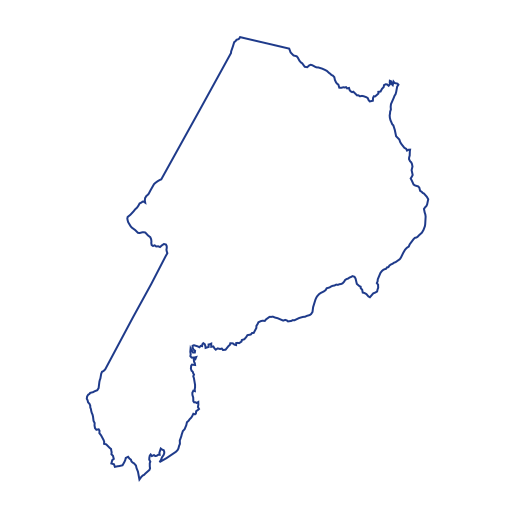 outline of Alto Garças, Mato Grosso, Brazil, rotated 178°
{"feature_id": "56859067B91016668393749", "entity_name": "Alto Garças", "entity_type": "district", "adm_level": 2, "iso_a3": "BRA", "parent_name": "Brazil", "parent_adm1": "Mato Grosso", "projection": "equal_earth", "projection_center": [-53.581, -16.842], "detail": "fine", "context": "isolated", "style": "outline", "palette": "blue", "viewbox_px": 512, "rotation_deg": 178, "n_neighbors": 0, "source": "geoboundaries", "source_scale": "gbopen_adm2", "svg_char_len": 6038}
<svg xmlns="http://www.w3.org/2000/svg" viewBox="0 0 512 512"><g transform="rotate(178 256 256)"><path d="M346.4,258.8L361.7,231.6L381.1,199.0L410.7,147.9L412.5,146.3L413.9,145.7L414.8,143.8L415.8,139.0L416.4,137.6L416.9,135.8L417.9,129.5L419.3,127.4L422.1,126.4L423.6,125.6L426.5,125.0L427.3,123.9L428.5,123.3L429.7,121.5L430.1,119.2L429.4,117.9L428.9,115.6L427.6,114.1L426.9,112.3L426.9,110.4L426.3,108.7L426.1,107.0L425.6,104.9L424.9,103.2L424.5,101.2L424.1,96.9L423.1,94.7L423.3,92.3L422.9,89.6L421.6,87.9L419.3,88.3L418.5,86.8L418.7,84.4L417.1,82.2L414.7,77.3L414.2,75.6L414.4,73.6L412.3,73.0L408.8,69.2L407.6,68.2L407.4,66.4L407.1,64.9L407.4,62.9L405.9,61.3L405.2,58.2L406.8,57.0L407.8,53.7L405.2,52.8L404.4,50.2L401.6,50.7L400.2,50.8L396.7,51.5L394.8,54.6L393.8,56.6L393.2,58.7L390.8,59.8L389.6,58.0L388.1,56.8L387.6,55.0L386.4,53.8L385.2,53.1L383.3,50.8L382.8,48.2L381.5,44.6L380.3,36.7L378.2,39.4L376.5,40.8L375.4,41.2L374.4,42.3L370.0,45.9L369.3,47.5L369.5,49.4L369.4,52.7L368.8,54.1L369.8,56.3L369.6,58.3L369.1,60.2L368.2,61.3L367.1,59.7L364.9,60.6L363.7,59.6L362.2,59.8L360.6,60.8L359.2,60.7L359.4,62.8L357.9,66.9L356.6,65.8L355.0,65.1L354.5,63.3L354.7,61.7L355.5,60.0L356.9,58.2L358.2,55.3L359.6,53.4L352.7,57.0L342.9,63.1L341.2,64.7L340.3,66.2L339.5,68.9L338.6,70.9L338.6,74.4L337.9,76.0L336.9,78.6L336.5,80.1L335.2,83.6L333.4,85.4L331.6,89.3L330.8,92.3L329.2,93.6L328.0,95.2L326.4,96.7L325.4,98.1L324.1,100.5L322.6,99.9L321.6,100.6L321.2,103.0L319.5,104.1L318.3,105.1L319.3,107.1L318.8,109.4L318.8,112.1L320.5,111.2L321.5,111.9L322.9,111.9L323.7,113.1L323.7,116.8L324.4,119.4L324.4,121.5L323.3,123.6L321.8,123.1L321.9,125.0L321.5,126.7L321.4,129.4L322.3,136.0L322.9,138.1L322.1,139.6L322.8,140.9L323.3,142.6L324.4,143.6L325.0,145.7L324.6,148.6L323.8,149.7L320.7,149.2L320.9,151.0L321.6,152.5L321.8,155.2L321.1,156.7L323.9,156.7L325.1,158.2L324.7,160.1L325.0,162.5L324.6,165.8L324.0,164.4L322.3,161.7L320.5,161.7L320.2,163.4L321.7,164.6L322.6,166.7L322.5,168.5L321.1,169.0L317.4,167.7L315.7,166.8L314.4,168.1L313.0,167.8L312.7,169.6L311.7,170.7L310.3,169.6L309.7,167.6L309.6,165.9L306.5,166.8L306.5,169.2L305.3,169.4L303.8,170.0L303.9,166.8L301.8,167.1L300.7,165.1L299.5,163.8L297.5,165.0L295.1,164.3L293.4,164.7L292.3,163.2L289.7,163.4L286.6,167.0L285.3,168.0L284.7,169.7L282.2,169.5L280.7,168.2L279.0,167.7L278.8,169.7L277.4,169.8L275.9,169.5L273.5,171.0L273.1,172.5L270.6,173.2L268.7,175.2L267.3,177.2L264.0,177.7L262.6,179.2L261.0,179.2L258.2,184.0L258.0,186.2L256.8,187.9L255.9,189.7L253.3,190.8L251.5,191.1L249.5,190.8L248.2,192.3L244.6,194.7L243.0,194.6L241.3,194.8L239.1,193.8L236.6,193.1L231.1,190.5L229.0,191.1L227.4,190.5L226.3,189.5L222.9,189.9L221.6,190.6L219.9,190.4L215.1,192.5L213.2,193.0L211.1,193.5L209.1,193.6L207.2,194.4L204.4,195.1L203.0,196.0L201.5,198.1L200.7,202.9L198.1,210.4L197.1,212.4L196.3,213.6L194.3,215.7L192.6,216.8L189.5,218.2L187.6,219.5L186.5,221.3L184.3,221.8L183.0,222.3L181.9,223.0L180.5,223.5L178.5,223.8L176.8,224.6L175.2,224.3L173.5,224.9L172.1,225.0L170.5,225.6L168.8,227.3L167.8,228.9L166.3,229.8L164.8,230.2L163.3,231.2L161.8,231.7L160.3,232.5L158.3,231.8L157.3,230.0L156.2,224.6L153.6,222.2L152.5,221.7L152.4,220.0L151.1,218.7L150.6,215.7L149.0,215.3L147.0,214.1L145.1,211.7L143.6,210.8L140.1,214.6L138.3,215.2L136.2,216.3L135.7,218.3L135.0,220.0L135.0,223.1L136.2,224.7L135.4,226.3L135.1,228.5L132.2,234.8L130.7,236.6L129.3,237.7L128.0,238.3L126.6,238.6L125.4,240.1L124.1,240.2L123.0,241.8L121.3,242.9L119.7,243.5L118.5,244.4L116.7,245.0L112.4,247.8L111.2,249.4L108.7,254.1L106.8,257.1L105.0,258.9L103.0,260.1L102.0,262.3L98.0,267.3L96.6,268.6L95.0,268.9L93.9,269.5L92.4,271.0L89.4,273.5L87.7,276.2L86.2,279.8L85.8,281.8L85.1,289.4L85.3,291.5L85.9,293.6L86.5,297.2L85.1,299.0L84.1,299.8L83.2,301.5L81.9,306.7L83.2,309.2L86.0,312.6L87.2,313.2L88.1,314.3L89.7,315.4L90.4,318.6L91.5,319.9L94.5,320.9L96.0,321.9L97.7,326.0L98.7,328.1L97.4,330.0L96.6,331.5L97.5,336.4L96.5,339.9L96.9,342.5L97.6,344.2L98.7,345.3L99.7,347.5L99.5,349.2L98.9,351.0L98.6,355.3L98.3,356.9L99.7,356.9L101.4,356.1L102.1,357.8L104.0,359.0L106.9,363.0L107.9,364.8L108.7,367.4L111.8,370.8L112.9,377.2L114.2,381.8L115.2,382.8L116.9,387.1L117.4,389.5L117.5,391.8L117.1,393.7L116.9,395.6L116.1,397.7L116.2,400.4L115.8,403.1L113.0,408.9L111.9,411.4L110.9,412.8L110.2,415.0L109.0,420.4L107.7,422.2L108.6,423.3L111.4,424.0L112.5,425.5L113.4,422.0L114.5,423.2L114.8,425.8L116.1,426.4L116.3,424.8L116.2,422.9L117.5,421.5L119.0,422.9L120.4,423.1L122.1,422.3L122.5,420.4L124.3,418.6L125.8,416.0L128.0,415.8L128.0,414.1L130.4,412.1L131.5,411.3L132.7,411.5L133.5,409.9L133.8,407.1L136.9,406.5L138.0,407.8L138.8,409.9L140.1,410.8L142.8,411.9L144.5,412.3L146.6,412.0L148.0,413.0L149.4,413.0L153.0,416.8L154.2,416.4L155.7,417.3L156.7,418.7L157.2,420.7L159.1,420.3L160.1,421.6L161.5,421.3L162.7,421.6L165.0,421.1L166.9,421.3L167.7,424.4L169.1,425.5L170.0,426.8L171.0,429.2L171.5,432.0L172.9,433.6L174.3,434.3L175.4,435.5L176.6,436.4L178.7,438.5L180.8,439.7L183.5,441.0L187.3,442.3L188.5,442.3L189.9,442.8L193.1,444.7L194.7,445.2L196.2,444.6L198.2,442.9L200.7,443.4L203.1,447.0L204.3,447.8L205.8,449.7L207.3,452.8L208.4,454.2L211.5,455.1L214.3,458.2L215.6,462.1L264.3,475.3L265.2,473.8L266.5,473.1L267.9,472.8L269.0,471.4L270.3,470.5L271.8,466.2L273.7,461.3L273.9,459.7L307.4,403.5L348.0,335.9L349.6,335.3L351.8,334.1L354.0,332.6L355.4,331.4L359.1,325.4L361.1,321.9L362.4,320.6L363.4,319.9L364.8,317.8L365.2,315.3L364.9,313.2L366.4,314.3L367.5,314.3L368.5,313.5L370.5,312.6L371.7,310.5L373.2,308.5L375.2,306.8L376.7,305.0L380.2,301.5L382.9,299.5L383.3,297.9L383.0,296.0L382.5,294.1L380.2,290.0L379.1,288.7L375.8,286.1L373.2,283.3L371.6,283.0L368.6,283.7L367.0,283.6L365.8,283.3L363.2,280.3L361.0,278.5L360.2,276.4L360.0,274.3L360.2,272.6L359.9,270.6L358.6,269.6L356.9,270.2L355.4,269.0L353.4,269.1L351.6,268.3L349.7,269.9L347.6,271.2L345.6,270.6L344.9,269.0L344.9,267.3L345.3,265.3L345.0,263.6L344.5,261.9L346.4,258.8ZM321.1,156.7L320.1,155.3L319.3,157.1L321.1,156.7Z" fill="none" stroke="#1e3a8a" stroke-width="2"/></g></svg>